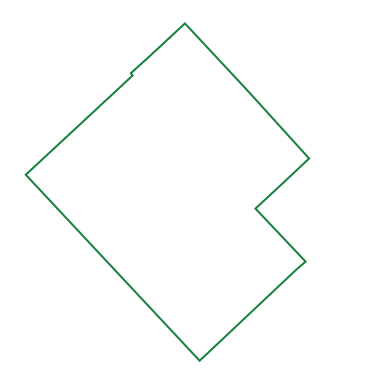 Sawyer, Wisconsin, United States of America, rotated 47°
{"feature_id": "52423323B73952033582421", "entity_name": "Sawyer", "entity_type": "district", "adm_level": 2, "iso_a3": "USA", "parent_name": "United States of America", "parent_adm1": "Wisconsin", "projection": "albers", "projection_center": [-91.112, 45.898], "detail": "fine", "context": "isolated", "style": "outline", "palette": "green", "viewbox_px": 384, "rotation_deg": 47, "n_neighbors": 0, "source": "geoboundaries", "source_scale": "gbopen_adm2", "svg_char_len": 313}
<svg xmlns="http://www.w3.org/2000/svg" viewBox="0 0 384 384"><g transform="rotate(47 192 192)"><path d="M320.6,301.5L319.9,168.4L320.4,156.4L247.4,156.9L247.5,120.2L247.4,83.5L155.6,82.2L63.9,82.2L63.8,131.2L63.4,155.7L66.3,156.0L66.0,301.8L320.6,301.5Z" fill="none" stroke="#15803d" stroke-width="2"/></g></svg>